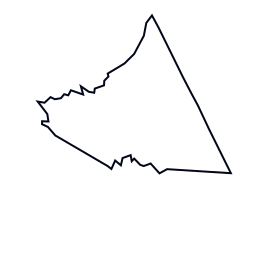 the district of McCreary, Kentucky, United States of America, rotated 242°
{"feature_id": "52423323B49064282792865", "entity_name": "McCreary", "entity_type": "district", "adm_level": 2, "iso_a3": "USA", "parent_name": "United States of America", "parent_adm1": "Kentucky", "projection": "mercator", "projection_center": [-84.43, 36.777], "detail": "fine", "context": "isolated", "style": "outline", "palette": "ink", "viewbox_px": 256, "rotation_deg": 242, "n_neighbors": 0, "source": "geoboundaries", "source_scale": "gbopen_adm2", "svg_char_len": 726}
<svg xmlns="http://www.w3.org/2000/svg" viewBox="0 0 256 256"><g transform="rotate(242 128 128)"><path d="M39.8,197.6L88.9,199.0L115.1,200.3L128.9,200.2L147.2,200.4L202.1,202.1L205.3,202.1L216.1,202.0L212.2,193.5L202.0,185.3L190.5,168.2L186.6,155.1L185.6,135.6L182.6,134.9L180.9,129.3L176.9,126.8L178.4,117.2L175.0,114.7L178.4,110.4L186.9,106.0L178.6,104.1L188.1,95.3L184.9,90.6L187.8,87.5L185.8,82.7L187.8,76.9L191.6,74.1L189.5,66.2L193.7,60.7L178.2,63.3L171.1,60.8L174.3,55.3L171.7,53.9L166.5,57.8L155.5,60.3L103.9,92.2L99.6,94.1L105.3,101.4L98.4,104.2L104.0,109.1L102.8,117.6L96.9,115.7L98.1,119.1L89.7,121.5L87.0,124.1L86.0,131.3L73.2,134.5L73.3,143.2L39.8,197.6Z" fill="none" stroke="#020617" stroke-width="2"/></g></svg>